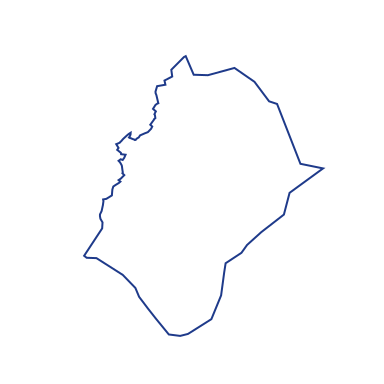 Ilesha East, Osun, Nigeria (Mercator projection), rotated 330°
{"feature_id": "59680162B9948554175301", "entity_name": "Ilesha East", "entity_type": "district", "adm_level": 2, "iso_a3": "NGA", "parent_name": "Nigeria", "parent_adm1": "Osun", "projection": "mercator", "projection_center": [4.754, 7.588], "detail": "fine", "context": "isolated", "style": "outline", "palette": "blue", "viewbox_px": 384, "rotation_deg": 330, "n_neighbors": 0, "source": "geoboundaries", "source_scale": "gbopen_adm2", "svg_char_len": 1602}
<svg xmlns="http://www.w3.org/2000/svg" viewBox="0 0 384 384"><g transform="rotate(330 192 192)"><path d="M235.2,75.8L232.6,82.1L223.9,81.7L222.6,85.8L214.7,82.9L210.6,86.8L209.9,88.2L209.6,90.3L207.2,98.3L206.4,98.1L204.0,98.3L199.8,100.5L201.0,104.1L199.6,105.0L198.3,105.9L198.4,106.6L197.9,108.0L197.2,109.7L195.5,110.0L195.3,110.3L192.4,111.6L189.5,112.9L190.3,115.4L188.2,116.8L183.7,118.1L180.6,117.6L175.3,117.0L173.2,118.1L171.4,118.1L170.2,118.3L169.3,118.7L168.5,118.4L168.2,117.6L167.6,117.1L167.2,116.5L166.5,115.7L166.0,114.9L165.3,114.3L164.7,113.3L166.1,112.6L167.5,111.5L168.5,110.0L166.2,110.1L163.9,110.5L162.1,110.9L159.4,111.5L158.3,111.8L156.7,112.4L155.7,112.7L155.1,112.7L154.5,113.1L153.2,113.1L150.3,112.7L150.4,117.1L148.3,118.1L150.0,122.5L149.5,123.8L153.1,126.5L150.4,128.5L148.0,129.6L146.6,128.0L144.0,128.3L144.5,130.3L144.5,131.9L144.5,133.3L144.3,134.4L142.6,138.5L141.9,140.4L141.1,140.9L141.8,143.5L137.1,144.8L134.4,145.0L135.2,147.2L133.2,147.6L129.3,147.7L126.6,147.9L124.3,150.0L120.9,154.9L114.4,155.1L111.3,154.0L110.7,155.7L108.3,158.8L104.2,163.3L101.1,165.4L100.2,166.9L99.3,169.4L99.3,173.6L96.0,178.6L66.7,193.3L67.9,196.3L76.2,201.5L90.6,229.2L95.0,246.8L93.8,256.1L93.8,256.6L95.6,271.1L97.4,283.6L100.7,303.8L109.8,310.7L117.5,312.9L128.1,312.5L145.2,311.8L148.2,309.5L165.5,296.1L179.7,277.7L185.5,270.5L204.4,269.4L213.2,265.4L231.9,261.4L260.3,257.5L276.1,241.5L317.3,237.1L300.0,221.8L309.7,158.3L304.1,152.0L301.2,127.8L290.8,105.8L264.2,98.8L252.1,91.3L254.5,71.2L252.5,71.1L235.2,75.8Z" fill="none" stroke="#1e3a8a" stroke-width="2"/></g></svg>